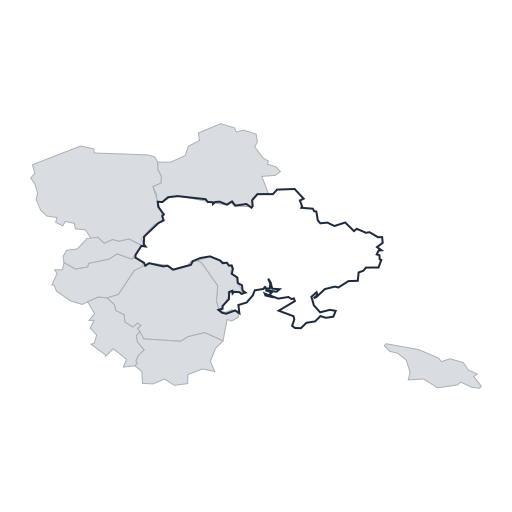 Ukraine highlighted among its neighbors
{"feature_id": "UKR", "entity_name": "Ukraine", "entity_type": "country or territory", "adm_level": 0, "iso_a3": "UKR", "parent_name": "Europe", "parent_adm1": "", "projection": "natural_earth1", "projection_center": [31.244, 48.371], "detail": "medium", "context": "with_neighbors", "style": "outline", "palette": "slate", "viewbox_px": 512, "rotation_deg": 0, "n_neighbors": 9, "source": "natural_earth", "source_scale": "50m", "svg_char_len": 5362}
<svg xmlns="http://www.w3.org/2000/svg" viewBox="0 0 512 512"><path d="M220.7,123.7L234.5,127.9L236.3,132.1L243.3,130.1L256.1,134.1L257.4,142.1L254.6,146.7L262.9,157.9L268.3,161.0L267.5,164.1L276.5,167.1L280.4,171.7L275.2,175.4L261.8,176.4L268.3,193.2L256.8,194.2L252.6,198.0L251.7,206.7L234.1,205.9L230.6,201.8L225.4,204.8L181.1,196.5L170.6,196.9L163.1,201.6L156.6,202.2L156.6,194.5L152.8,186.5L161.0,183.0L161.3,176.2L157.8,169.6L157.6,162.0L170.4,162.2L185.1,155.7L188.5,146.1L199.5,140.6L198.4,133.0L220.7,123.7Z" fill="#d9dde1" stroke="#a8b0b8" stroke-width="1"/><path d="M157.6,162.0L157.8,169.6L161.3,176.2L161.0,183.0L152.8,186.5L162.9,217.4L161.2,222.3L154.4,224.3L141.4,238.8L144.7,246.7L129.0,239.0L119.0,241.4L112.6,239.6L104.3,243.4L97.7,237.2L91.9,239.6L85.4,229.9L75.3,228.8L74.4,223.4L65.2,221.4L62.8,225.9L55.7,222.3L56.9,217.5L46.8,216.0L40.8,210.4L36.1,199.3L37.6,193.4L35.1,184.2L30.7,178.0L34.8,173.4L32.5,164.7L80.6,146.0L93.6,148.9L94.3,153.0L147.8,154.9L154.6,156.8L157.6,162.0Z" fill="#d9dde1" stroke="#a8b0b8" stroke-width="1"/><path d="M134.7,257.3L142.2,262.1L143.0,266.8L134.4,270.5L118.4,294.5L107.1,297.9L98.4,297.1L82.1,304.4L70.7,301.0L56.5,291.2L54.1,285.2L51.8,285.0L57.1,273.6L54.7,269.8L62.5,269.8L64.0,262.6L75.7,269.0L87.5,266.9L88.8,263.3L109.2,259.0L117.2,253.8L131.7,259.1L134.7,257.3Z" fill="#d9dde1" stroke="#a8b0b8" stroke-width="1"/><path d="M197.2,260.9L209.7,256.5L225.5,262.7L231.7,267.4L230.6,273.4L235.7,276.3L237.6,283.7L244.0,292.6L227.8,292.4L228.8,295.5L222.4,307.3L218.8,309.2L216.4,301.1L217.7,285.8L201.4,262.6L197.2,260.9Z" fill="#d9dde1" stroke="#a8b0b8" stroke-width="1"/><path d="M218.8,309.2L225.1,312.5L231.7,309.6L238.0,312.7L238.3,317.3L231.5,321.1L227.2,319.4L223.0,340.9L204.6,332.6L187.9,336.7L180.8,341.3L143.8,338.9L137.5,328.4L140.8,325.4L137.4,323.2L132.9,327.2L124.9,322.0L124.1,314.7L115.7,310.5L114.4,304.8L107.1,297.9L118.4,294.5L134.4,270.5L149.1,263.1L166.4,265.1L172.7,269.4L187.8,265.0L191.4,260.9L197.2,260.9L201.4,262.6L217.7,285.8L216.4,301.1L218.8,309.2Z" fill="#d9dde1" stroke="#a8b0b8" stroke-width="1"/><path d="M139.9,331.5L143.8,338.9L180.8,341.3L187.9,336.7L204.6,332.6L223.0,340.9L215.6,348.3L210.3,361.2L214.7,371.4L202.5,369.0L187.9,374.6L187.6,383.6L174.5,385.3L164.6,379.0L153.0,383.9L142.5,383.4L141.8,371.5L134.9,365.8L137.3,363.2L135.8,361.1L138.4,355.4L144.0,349.8L137.4,342.1L136.3,335.6L139.9,331.5Z" fill="#d9dde1" stroke="#a8b0b8" stroke-width="1"/><path d="M384.3,345.8L386.0,343.7L419.0,349.7L438.7,358.2L441.4,361.6L449.9,358.8L463.3,362.5L468.1,369.9L477.3,374.0L473.7,376.5L481.3,386.2L479.4,388.3L471.7,387.3L460.7,382.1L457.4,385.0L437.6,387.8L423.5,379.0L408.3,379.9L410.1,372.2L406.1,359.9L397.6,353.3L389.7,351.3L384.3,345.8Z" fill="#d9dde1" stroke="#a8b0b8" stroke-width="1"/><path d="M141.7,245.7L131.7,259.1L117.2,253.8L109.2,259.0L88.8,263.3L87.5,266.9L75.7,269.0L64.0,262.6L63.0,256.5L66.5,250.4L77.3,248.9L87.1,238.5L97.7,237.2L104.3,243.4L112.6,239.6L119.0,241.4L129.0,239.0L141.7,245.7Z" fill="#d9dde1" stroke="#a8b0b8" stroke-width="1"/><path d="M87.5,301.7L98.4,297.1L107.1,297.9L114.4,304.8L115.7,310.5L124.1,314.7L124.9,322.0L132.9,327.2L137.4,323.2L140.8,325.4L137.5,328.4L139.9,331.5L136.3,335.6L137.4,342.1L144.0,349.8L138.4,355.4L135.8,361.1L137.3,363.2L134.9,365.8L123.4,367.1L126.5,359.3L113.3,348.7L105.0,356.9L106.2,355.4L90.9,344.2L94.2,343.4L96.7,335.0L90.2,328.2L94.1,320.3L89.0,320.4L94.7,313.7L87.5,301.7Z" fill="#d9dde1" stroke="#a8b0b8" stroke-width="1"/><path d="M313.9,305.4L320.1,312.3L330.1,309.8L335.7,310.9L333.3,316.7L326.0,317.8L320.4,316.1L315.1,321.4L306.4,322.8L300.9,328.2L295.0,328.0L292.1,325.8L294.3,319.5L293.5,316.2L278.7,310.7L294.9,301.1L293.8,298.4L291.6,299.1L288.4,297.0L278.2,298.6L269.2,295.1L271.7,292.5L265.4,290.3L276.6,291.7L279.6,289.2L272.2,288.7L270.7,282.7L268.2,278.6L270.3,283.7L269.8,288.6L265.0,288.3L265.5,286.3L263.2,289.0L254.8,290.3L252.8,295.4L246.7,302.5L238.4,305.0L239.4,313.3L235.2,310.4L226.2,313.7L221.9,312.7L218.5,309.9L222.6,308.7L222.5,306.1L228.9,299.2L229.2,292.0L232.3,290.8L232.6,293.4L234.0,291.8L239.6,292.2L241.4,293.9L245.5,292.6L242.6,290.6L242.0,285.4L237.8,283.0L237.4,277.6L231.8,273.8L232.9,268.7L231.7,265.4L228.9,265.6L226.9,262.7L222.6,263.2L220.3,260.6L210.1,256.4L200.4,258.0L192.8,261.2L190.8,264.9L173.1,269.7L167.6,265.7L163.3,266.4L149.1,263.2L145.3,265.7L144.0,262.8L135.4,257.6L135.6,254.8L141.4,245.9L145.5,246.5L143.8,244.2L144.1,236.6L158.3,223.1L163.6,220.4L162.2,216.0L163.9,214.5L158.3,206.9L157.7,201.7L162.3,202.1L168.1,197.2L177.6,196.1L205.6,199.2L207.6,201.9L212.9,202.3L213.0,204.0L215.2,202.0L219.6,201.7L227.0,204.7L232.0,201.4L235.3,205.6L246.4,204.0L251.5,207.7L252.7,206.1L252.1,200.3L257.5,194.1L272.9,194.1L277.1,189.6L294.6,189.0L303.6,198.7L299.9,200.5L302.1,206.4L301.3,207.8L312.8,208.7L314.2,211.2L316.3,211.5L317.8,220.3L320.3,223.3L327.4,222.6L334.4,226.0L345.2,222.5L354.0,231.1L356.8,228.8L366.0,232.8L369.5,232.2L377.9,237.2L382.1,237.1L382.7,242.8L377.0,247.1L381.5,250.3L378.6,250.6L376.7,254.4L379.4,255.2L379.7,259.4L381.3,260.0L378.5,267.5L365.9,267.6L363.4,270.7L358.6,272.5L357.8,280.8L348.5,281.1L338.3,287.5L335.0,286.6L324.8,289.1L316.3,297.1L313.7,298.2L317.3,295.2L316.6,292.3L311.4,296.8L313.9,305.4ZM273.7,297.4L265.5,295.5L264.7,293.5L273.7,297.4Z" fill="none" stroke="#1e293b" stroke-width="2"/></svg>